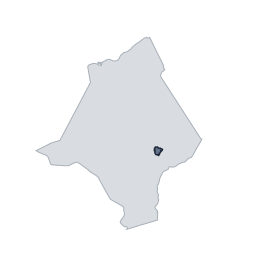 Baringo North, Rift Valley, Kenya (highlighted), rotated 208°
{"feature_id": "3690345B96976797039875", "entity_name": "Baringo North", "entity_type": "district", "adm_level": 2, "iso_a3": "KEN", "parent_name": "Kenya", "parent_adm1": "Rift Valley", "projection": "mercator", "projection_center": [35.764, 0.769], "detail": "fine", "context": "in_parent", "style": "filled", "palette": "slate", "viewbox_px": 256, "rotation_deg": 208, "n_neighbors": 0, "source": "geoboundaries", "source_scale": "gbopen_adm2", "svg_char_len": 4144}
<svg xmlns="http://www.w3.org/2000/svg" viewBox="0 0 256 256"><g transform="rotate(208 128 128)"><path d="M57.5,152.8L57.5,149.8L57.9,142.1L57.9,135.4L58.2,132.0L59.9,129.9L60.7,128.3L61.2,126.2L62.1,124.4L64.1,123.0L64.4,122.2L66.5,119.8L67.8,116.7L68.7,115.6L69.9,114.7L70.7,114.2L72.1,113.6L73.2,113.4L73.4,113.1L73.4,112.6L73.1,110.7L73.5,110.1L74.3,108.8L75.1,107.6L75.9,106.8L76.3,106.1L76.5,104.7L76.5,103.8L76.5,102.2L76.3,98.7L75.4,95.7L74.8,92.4L75.2,91.3L74.5,89.3L74.2,89.2L73.6,88.8L72.9,87.0L72.4,85.3L72.0,84.9L69.7,83.4L68.5,80.0L67.2,79.2L66.4,75.7L66.3,74.8L67.1,71.3L67.0,70.6L66.2,69.8L64.0,69.1L62.2,67.7L62.4,67.2L62.5,66.7L61.6,66.3L58.8,60.5L62.4,57.0L66.0,53.4L70.6,48.9L74.8,44.7L78.4,41.1L81.7,37.9L81.6,38.5L81.6,39.3L82.0,39.8L82.7,40.2L83.6,39.8L84.4,39.3L85.2,39.2L90.1,40.6L90.9,41.7L90.8,43.0L91.1,43.9L90.7,44.8L90.3,47.5L90.4,50.1L91.9,51.9L93.2,53.4L94.2,55.5L95.0,56.1L96.0,56.4L99.4,56.5L104.3,56.6L109.1,56.8L109.6,56.8L110.6,57.1L115.0,59.9L119.0,62.4L122.4,64.6L125.7,66.8L128.9,68.9L131.4,70.6L133.9,71.1L137.9,71.4L140.6,71.5L143.2,72.2L147.0,72.9L149.8,73.2L151.6,73.6L156.3,74.0L157.1,73.8L159.2,71.8L161.5,68.7L162.5,67.0L165.5,65.3L170.8,62.9L174.6,61.2L178.8,59.5L180.7,61.0L183.3,63.4L184.4,64.5L185.4,65.0L186.8,65.4L188.5,65.4L189.5,65.3L191.4,65.0L195.9,64.7L198.5,64.8L196.3,67.9L193.7,71.6L188.9,78.5L185.3,82.1L182.5,84.9L182.3,85.4L182.3,88.4L182.3,95.9L182.4,110.7L182.4,125.6L182.5,140.5L182.5,148.0L182.5,150.5L184.9,153.6L187.3,156.7L190.4,160.7L192.1,162.9L192.4,163.6L192.3,165.0L189.7,168.1L187.6,169.5L184.8,170.1L183.9,170.0L182.8,169.6L182.4,170.3L182.1,171.4L181.4,171.2L181.0,170.8L181.2,172.9L181.5,173.9L181.1,175.2L179.7,176.4L179.6,177.4L176.6,180.0L172.4,180.3L170.2,181.5L169.2,182.6L168.4,184.9L168.7,188.5L167.5,191.2L167.3,192.5L165.1,194.3L164.1,195.9L163.4,197.6L162.8,198.3L162.0,202.0L161.0,204.3L160.7,205.0L160.5,205.7L159.7,207.0L159.2,207.9L158.8,208.5L156.2,214.3L154.2,216.9L152.7,216.6L151.6,217.6L151.5,218.1L150.9,217.8L149.6,216.9L146.9,214.9L144.2,212.9L141.5,211.0L138.8,209.0L136.1,207.1L133.3,205.1L130.6,203.2L127.9,201.2L126.3,200.0L125.6,199.4L125.1,198.0L124.8,197.7L124.1,197.3L123.2,197.2L123.0,196.9L123.0,196.3L123.3,195.3L124.3,193.5L124.4,192.5L124.2,191.3L123.9,189.4L123.6,188.9L121.8,187.9L118.1,185.8L114.3,183.7L110.5,181.6L106.8,179.5L103.0,177.4L99.2,175.3L95.5,173.2L91.7,171.1L87.9,169.0L84.2,166.9L80.4,164.8L76.6,162.7L72.9,160.6L69.1,158.5L65.3,156.4L61.6,154.3L60.2,153.5L58.9,152.8L57.5,152.8ZM182.8,173.2L182.1,173.4L182.5,172.4L184.4,171.1L185.2,171.4L185.4,171.7L185.3,171.9L185.0,172.2L182.8,173.2Z" fill="#d9dde1" stroke="#a8b0b8" stroke-width="1"/><path d="M91.7,124.5L91.8,124.5L92.0,124.5L92.3,124.6L92.5,124.7L92.5,124.8L92.8,124.9L92.8,125.0L93.0,125.0L93.3,125.0L93.4,124.9L93.5,124.8L93.5,124.7L94.1,124.3L94.5,124.3L94.7,124.2L94.8,124.1L94.7,124.0L94.7,123.9L94.8,123.8L94.8,123.7L94.8,123.4L94.8,123.2L95.0,122.9L95.0,122.7L95.1,122.4L94.9,122.0L94.6,121.8L94.4,121.5L94.4,121.4L94.4,121.2L94.2,121.1L93.9,121.1L94.0,120.9L94.1,120.7L94.1,120.4L93.9,120.4L93.8,120.5L93.7,120.5L93.5,120.4L93.5,120.2L93.4,120.2L93.2,120.1L93.1,119.9L93.0,119.7L92.9,119.4L92.8,119.2L92.7,119.0L92.6,118.7L91.6,118.0L91.4,117.9L91.2,117.9L90.9,117.7L90.7,117.7L90.4,117.7L89.5,118.2L89.4,118.3L89.2,118.4L88.9,118.4L88.8,118.2L88.7,118.1L88.4,118.0L88.2,118.0L88.0,118.3L88.1,118.5L88.1,118.8L88.1,119.0L88.0,119.3L87.9,119.4L87.9,119.5L88.0,119.5L87.9,119.7L87.9,119.8L88.0,119.9L88.0,120.0L88.3,120.2L88.2,120.3L88.2,120.5L88.3,120.6L88.2,120.7L88.1,120.8L88.1,121.0L88.1,121.3L88.1,121.5L88.0,121.8L87.9,121.9L87.9,122.0L88.0,122.2L88.0,122.3L88.1,122.5L88.1,122.8L87.9,123.0L88.0,123.1L87.9,123.1L87.7,123.2L87.6,123.3L87.6,123.5L87.6,123.8L87.5,124.0L87.4,124.1L87.5,124.2L87.5,124.3L87.5,124.5L87.7,124.8L87.7,125.0L87.6,125.3L88.2,125.4L88.3,125.3L88.5,125.3L88.5,125.2L88.8,125.2L89.0,125.1L89.3,125.2L89.5,125.2L89.8,125.2L89.9,125.3L90.0,125.3L90.0,125.2L90.3,125.1L90.5,125.0L90.6,124.9L90.8,124.9L91.0,124.8L91.1,124.7L91.3,124.6L91.5,124.6L91.7,124.5Z" fill="#64748b" stroke="#1e293b" stroke-width="1.5"/></g></svg>